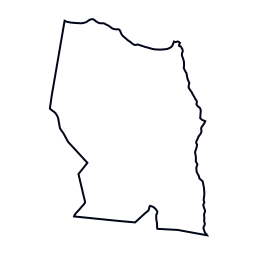 Santa Cruz Cabrália, Bahia, Brazil (Albers equal-area conic projection), rotated 268°
{"feature_id": "56859067B8048153730728", "entity_name": "Santa Cruz Cabrália", "entity_type": "district", "adm_level": 2, "iso_a3": "BRA", "parent_name": "Brazil", "parent_adm1": "Bahia", "projection": "albers", "projection_center": [-39.188, -16.225], "detail": "fine", "context": "isolated", "style": "outline", "palette": "ink", "viewbox_px": 256, "rotation_deg": 268, "n_neighbors": 0, "source": "geoboundaries", "source_scale": "gbopen_adm2", "svg_char_len": 3199}
<svg xmlns="http://www.w3.org/2000/svg" viewBox="0 0 256 256"><g transform="rotate(268 128 128)"><path d="M41.5,71.0L35.6,114.2L33.4,131.8L42.8,142.8L43.9,144.5L45.2,145.7L46.6,146.2L48.0,146.5L49.4,147.3L48.8,149.3L47.8,151.1L46.6,152.2L45.7,153.1L44.6,153.8L43.4,154.4L41.7,154.1L40.5,153.3L38.7,153.1L37.1,153.1L35.4,153.1L33.4,153.5L32.1,153.6L30.8,153.6L29.4,153.7L27.6,153.5L26.2,153.9L24.4,174.1L18.0,203.3L19.1,202.7L20.5,201.4L22.3,200.7L24.1,200.2L25.7,199.9L27.1,200.4L28.3,201.2L30.3,201.4L31.9,200.9L33.6,200.9L35.1,201.2L36.4,201.1L38.2,200.9L40.2,201.4L41.9,202.1L43.3,202.0L44.6,201.5L46.4,201.0L48.5,200.5L50.9,201.7L53.1,201.1L55.5,201.4L57.1,201.7L58.4,201.9L59.9,202.0L61.3,202.0L63.5,201.9L65.9,201.8L68.1,201.4L70.3,201.1L72.2,200.7L73.6,199.2L75.0,197.7L77.0,197.2L78.4,196.8L79.8,196.0L80.9,195.5L82.3,195.0L84.4,194.9L86.3,195.0L87.9,195.6L89.2,196.1L90.8,195.3L92.3,194.6L94.1,194.8L96.1,194.8L97.4,194.8L98.9,194.5L100.6,194.2L102.6,194.4L104.3,195.3L105.9,195.7L107.5,196.2L108.8,196.5L110.7,195.6L112.7,196.0L114.1,196.9L115.4,197.5L116.8,198.1L118.3,199.2L120.0,200.6L121.9,201.3L123.3,201.2L125.3,201.1L126.8,201.9L128.1,203.0L129.5,204.0L130.7,204.8L132.2,205.4L133.3,202.7L134.1,201.7L135.4,200.5L142.5,201.3L144.5,201.1L146.1,200.0L146.9,198.9L148.0,197.9L149.5,197.2L150.9,197.7L152.2,197.6L153.5,197.2L154.5,196.3L156.2,195.6L158.1,194.6L160.1,193.5L161.8,192.8L163.5,191.6L164.7,190.8L166.3,190.0L168.3,190.2L170.9,190.9L172.4,190.2L173.9,189.6L175.7,189.1L177.5,188.8L179.1,188.6L180.6,188.4L182.0,187.6L184.2,186.5L186.2,185.8L187.8,186.2L189.4,186.2L190.9,186.2L192.4,186.2L194.5,185.7L197.0,184.9L198.8,184.4L200.6,184.5L202.6,185.4L204.7,185.2L206.0,184.4L207.6,183.7L208.1,182.1L209.4,181.9L211.1,182.9L212.4,181.7L212.7,180.5L212.2,178.6L212.8,177.0L211.6,176.5L209.8,175.7L208.3,174.9L207.4,173.9L206.5,172.4L205.7,170.2L205.4,167.8L205.3,165.7L205.2,163.1L205.4,160.6L205.5,159.0L205.7,157.3L206.1,155.5L206.5,154.1L206.9,152.8L207.3,151.6L207.9,150.0L208.2,148.5L208.7,147.2L209.4,145.4L210.1,143.4L210.7,141.9L211.1,140.6L210.7,138.8L210.9,137.2L212.0,135.5L213.4,133.9L214.6,132.5L215.3,131.4L216.4,130.1L217.3,129.2L218.3,128.2L219.2,127.1L220.2,126.0L221.8,124.9L223.7,124.1L225.0,123.7L226.6,122.7L227.1,121.0L227.0,119.4L227.3,118.0L227.7,116.6L228.5,115.1L229.5,114.0L230.4,112.8L231.1,111.8L231.8,110.6L232.3,109.4L233.4,107.8L233.6,106.1L233.6,104.0L234.2,102.1L235.6,99.8L237.1,98.2L238.0,96.7L237.9,94.9L237.3,93.1L236.3,91.6L235.2,89.8L234.6,87.5L234.3,85.5L234.4,83.4L234.6,81.3L234.7,79.9L234.9,78.4L235.0,77.1L235.2,75.8L235.4,74.3L235.8,72.8L236.1,71.4L236.7,69.7L237.4,68.4L162.5,52.8L150.1,50.6L148.0,53.0L146.8,54.5L145.6,55.9L143.6,57.1L141.9,58.0L139.9,58.6L137.4,58.9L135.9,59.2L134.6,59.3L132.8,59.6L130.5,59.9L128.9,60.7L127.3,61.7L125.7,62.8L124.0,63.8L122.3,64.6L120.5,65.5L119.1,66.2L117.9,66.8L116.3,67.6L94.6,86.2L83.7,76.9L81.9,77.3L80.5,77.5L78.4,78.0L76.9,78.2L75.1,78.6L73.6,78.9L71.2,79.4L67.8,80.1L65.1,80.6L62.5,81.1L61.2,81.4L59.2,81.8L57.9,82.1L56.6,82.4L54.9,82.4L53.7,81.6L52.4,80.4L50.1,78.2L48.1,76.4L46.6,74.9L45.4,73.7L44.2,72.6L42.8,71.5L41.5,71.0Z" fill="none" stroke="#020617" stroke-width="2"/></g></svg>